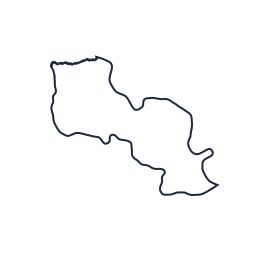 outline of Montellano, Puerto Plata, Dominican Republic, rotated 330°
{"feature_id": "3306468B77556762591061", "entity_name": "Montellano", "entity_type": "district", "adm_level": 2, "iso_a3": "DOM", "parent_name": "Dominican Republic", "parent_adm1": "Puerto Plata", "projection": "orthographic", "projection_center": [-70.594, 19.696], "detail": "fine", "context": "isolated", "style": "outline", "palette": "slate", "viewbox_px": 256, "rotation_deg": 330, "n_neighbors": 0, "source": "geoboundaries", "source_scale": "gbopen_adm2", "svg_char_len": 4507}
<svg xmlns="http://www.w3.org/2000/svg" viewBox="0 0 256 256"><g transform="rotate(330 128 128)"><path d="M92.1,36.6L92.1,40.9L90.3,46.7L90.0,46.6L88.0,50.9L86.0,54.4L85.4,55.9L84.6,58.9L83.9,60.2L83.5,60.8L83.0,61.2L81.8,61.8L79.9,62.5L78.8,63.2L78.1,64.3L77.0,66.9L76.3,68.0L73.0,70.7L72.0,71.9L71.2,73.2L70.6,74.8L69.7,78.9L69.1,80.4L67.4,84.0L66.8,86.7L66.6,90.5L66.6,94.3L67.0,97.1L67.6,98.8L69.9,102.7L70.8,103.9L71.4,104.4L72.1,104.9L73.7,105.4L78.1,105.9L79.9,106.2L80.8,106.5L82.4,107.4L83.9,108.5L85.3,109.8L93.7,117.9L97.5,120.9L98.0,121.5L98.6,122.9L98.9,124.6L99.3,127.8L99.7,129.3L100.2,130.0L100.9,130.5L102.3,130.9L103.0,131.0L104.4,130.7L105.6,130.0L106.0,129.5L107.3,127.4L108.1,126.5L108.6,126.1L109.2,125.8L109.9,125.7L110.6,125.8L111.3,126.1L112.3,126.9L113.1,128.1L113.6,129.5L114.3,132.4L115.0,133.7L116.0,134.6L117.8,135.9L119.6,137.3L121.3,139.0L122.2,140.2L122.9,141.6L123.0,142.3L122.8,143.7L120.2,149.2L118.4,152.6L117.9,154.1L117.9,154.9L117.9,155.8L118.3,157.4L119.9,160.8L121.2,165.4L122.0,166.7L122.5,167.2L124.8,168.9L126.4,170.5L127.3,171.7L128.9,174.6L129.9,175.9L131.6,177.4L135.0,179.2L136.2,180.0L137.2,181.1L137.6,181.7L137.9,182.3L138.1,183.1L138.0,183.8L137.8,184.5L137.5,185.1L137.0,185.6L136.5,185.9L134.2,186.7L133.1,187.3L132.3,188.4L131.1,190.8L130.4,192.0L127.0,194.6L125.5,196.3L124.8,197.8L124.6,198.6L124.5,200.2L124.7,201.8L125.0,202.6L125.4,203.2L126.6,204.3L131.2,206.8L132.8,207.3L137.8,208.3L139.3,208.9L140.7,209.7L143.9,211.6L145.1,212.5L147.2,215.5L148.3,216.6L149.4,217.7L150.8,218.5L157.2,221.8L159.9,222.4L163.7,222.6L171.3,222.5L177.0,222.1L175.2,219.8L172.9,216.5L172.1,215.0L171.6,213.2L171.2,210.4L171.2,206.5L171.4,203.7L171.7,201.9L171.9,201.0L172.6,199.5L174.6,196.3L175.5,195.1L176.0,194.6L176.8,194.2L178.4,193.7L180.1,193.6L185.3,193.7L186.9,193.5L187.7,193.2L188.3,192.7L188.9,192.1L189.2,191.4L189.4,190.7L189.4,189.2L189.2,188.5L188.9,187.8L188.4,187.1L187.7,186.7L186.9,186.4L185.3,186.2L180.0,186.2L177.2,186.0L175.4,185.6L174.0,184.7L172.8,183.6L172.3,182.9L171.6,181.3L171.3,180.4L171.1,178.5L171.1,176.6L171.3,174.7L171.7,172.9L172.1,172.0L172.9,170.6L174.5,169.0L177.5,166.9L180.3,163.2L183.2,159.9L184.8,157.7L185.6,156.2L188.4,150.5L188.8,148.9L188.8,148.1L188.6,146.5L188.0,145.0L186.6,142.3L185.3,139.2L182.9,135.1L181.6,131.9L179.7,128.4L178.4,125.5L177.5,124.1L176.5,122.9L175.3,121.8L173.9,121.0L171.0,119.5L169.6,118.4L166.1,115.5L164.7,114.4L163.2,113.6L159.0,111.7L157.7,111.3L157.0,111.3L156.4,111.5L155.2,112.2L154.3,113.1L152.8,115.4L152.4,115.9L151.8,116.3L150.4,116.9L148.0,117.2L145.6,117.0L144.2,116.4L143.5,115.9L143.0,115.2L142.7,114.5L142.4,112.8L142.3,111.1L142.4,103.6L142.3,101.8L142.0,100.0L141.7,99.1L140.8,97.5L137.5,93.4L136.5,91.9L136.1,91.1L135.8,90.3L135.4,88.6L135.1,85.9L135.1,83.3L135.2,80.6L135.5,78.8L136.0,77.2L136.9,75.7L138.0,74.3L142.9,69.3L144.0,68.0L145.0,66.6L145.5,65.0L145.5,63.3L145.3,62.5L144.7,61.1L142.4,57.7L140.5,55.2L136.2,50.6L136.0,51.7L135.7,51.7L135.7,52.0L135.3,52.0L135.3,52.4L135.0,52.4L135.0,52.7L133.6,52.7L133.6,52.4L133.0,52.4L133.0,52.0L132.6,52.0L132.6,51.7L131.9,51.7L131.9,51.3L131.3,51.3L131.3,50.9L130.3,50.9L130.3,50.6L129.6,50.6L129.6,50.2L128.6,50.2L128.6,49.9L128.2,49.9L128.2,49.5L127.9,49.5L127.9,49.2L127.6,49.2L127.6,48.4L127.2,48.4L127.2,48.1L126.6,48.1L126.6,47.7L125.9,47.7L125.9,48.1L123.9,48.1L123.9,47.7L123.2,47.7L123.2,47.4L122.2,47.4L122.2,47.0L121.2,47.0L121.2,47.4L120.5,47.4L120.5,47.0L117.5,47.0L117.5,46.6L116.4,46.6L116.4,46.3L115.4,46.3L115.4,45.9L114.8,45.9L114.8,45.6L114.1,45.6L114.1,45.2L111.7,45.2L111.7,44.9L111.4,44.9L111.4,44.5L111.0,44.5L111.0,44.1L110.7,44.1L110.7,43.8L110.4,43.8L110.4,43.4L109.7,43.4L109.7,43.1L109.0,43.1L109.0,42.7L108.7,42.7L108.7,42.3L108.0,42.3L108.0,41.6L107.7,41.6L107.7,41.3L107.3,41.3L107.3,40.9L107.0,40.9L107.0,40.6L106.7,40.6L106.7,40.2L106.3,40.2L106.3,39.8L105.0,39.8L105.0,39.5L104.3,39.5L104.3,39.8L103.6,39.8L103.6,39.5L103.3,39.5L103.3,39.1L103.0,39.1L103.0,38.8L102.6,38.8L102.6,38.4L102.3,38.4L102.3,38.1L101.3,38.1L101.3,37.7L99.3,37.7L99.3,37.3L98.9,37.3L98.9,37.0L98.6,37.0L98.6,36.6L98.2,36.6L98.2,35.9L97.9,35.9L97.9,35.2L97.6,35.2L97.6,34.8L97.2,34.8L97.2,34.5L96.9,34.5L96.9,34.1L96.6,34.1L96.6,33.8L95.9,33.8L95.9,33.4L95.2,33.4L95.2,33.8L94.5,33.8L94.5,34.1L94.2,34.1L94.2,34.5L93.9,34.5L93.9,34.8L93.5,34.8L93.5,35.2L93.2,35.2L93.2,35.5L92.9,35.5L92.9,35.9L92.5,35.9L92.5,36.2L92.4,36.2L92.2,36.3L92.2,36.6L92.1,36.6Z" fill="none" stroke="#1e293b" stroke-width="2"/></g></svg>